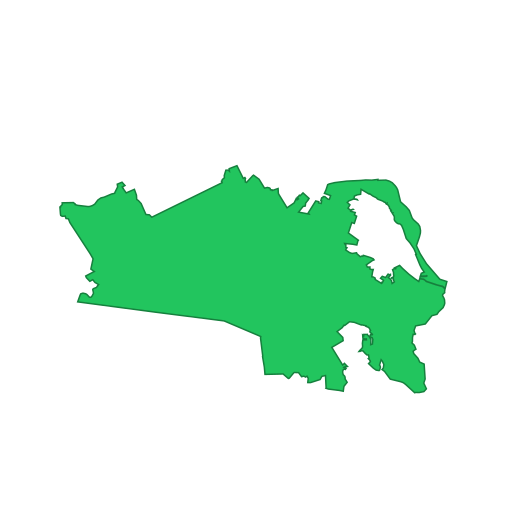 Tīnūžu pag., Ikskiles, Latvia (Mercator projection), rotated 197°
{"feature_id": "27541924B46293961253213", "entity_name": "Tīnūžu pag.", "entity_type": "district", "adm_level": 2, "iso_a3": "LVA", "parent_name": "Latvia", "parent_adm1": "Ikskiles", "projection": "mercator", "projection_center": [24.551, 56.857], "detail": "fine", "context": "isolated", "style": "filled", "palette": "green", "viewbox_px": 512, "rotation_deg": 197, "n_neighbors": 0, "source": "geoboundaries", "source_scale": "gbopen_adm2", "svg_char_len": 6073}
<svg xmlns="http://www.w3.org/2000/svg" viewBox="0 0 512 512"><g transform="rotate(197 256 256)"><path d="M446.3,253.7L456.9,250.2L456.3,248.6L457.5,246.1L457.3,245.6L457.8,245.4L455.3,239.0L454.6,237.7L452.9,237.3L450.1,238.4L448.7,236.3L446.3,236.7L443.7,233.5L415.4,209.8L411.0,205.7L410.1,195.2L406.1,193.9L413.0,187.1L411.9,185.7L407.5,183.2L405.2,185.6L402.2,183.6L398.2,182.7L398.8,181.4L398.6,181.3L398.8,180.7L399.5,179.2L402.0,177.2L402.2,176.7L402.3,176.1L401.0,173.9L400.5,172.6L401.2,169.4L401.6,168.5L402.5,168.0L403.3,167.9L406.4,169.7L407.8,170.1L410.6,169.9L411.7,169.2L412.6,168.5L412.8,166.8L413.1,160.0L336.2,172.8L267.5,184.6L227.9,180.4L227.7,178.9L220.3,162.3L220.4,161.9L215.6,152.3L212.8,145.4L195.6,151.1L189.7,148.5L189.0,148.4L188.4,149.0L185.7,155.4L185.3,155.8L181.2,156.9L177.1,153.9L175.1,155.1L173.2,154.7L172.1,156.0L170.3,154.3L169.5,150.1L168.3,150.4L166.8,150.9L158.6,156.6L157.8,160.2L154.6,162.0L150.4,150.4L150.5,150.0L148.0,149.9L137.1,151.8L133.0,152.2L133.8,157.0L131.9,161.9L135.0,164.6L135.0,165.3L135.9,166.9L137.9,168.0L138.9,169.6L139.5,171.5L139.2,172.9L138.7,173.6L137.4,173.6L137.0,174.9L139.5,175.2L139.2,175.7L136.3,177.1L140.1,179.2L140.8,177.8L141.3,177.1L156.8,190.8L147.9,200.5L149.2,203.5L156.4,207.4L152.6,212.7L151.9,214.8L151.3,215.3L151.4,215.6L150.8,215.6L147.3,220.5L142.6,221.3L135.1,220.8L134.9,221.1L130.3,221.4L130.3,220.9L127.3,220.6L124.7,218.4L125.1,217.6L124.8,216.6L121.8,215.1L121.7,214.9L122.0,214.5L123.4,214.4L123.6,213.8L123.4,213.4L123.9,212.5L122.5,211.9L121.1,211.9L120.9,211.8L120.8,211.2L119.9,210.6L118.9,205.8L120.4,204.7L121.7,209.8L124.3,212.1L126.4,213.2L126.6,213.6L130.0,212.5L129.7,211.1L130.9,211.6L129.7,208.6L127.5,208.5L126.3,209.0L125.9,208.1L129.3,207.0L128.7,203.5L127.7,200.9L127.5,199.8L127.7,198.7L129.2,195.9L129.6,194.8L128.6,195.2L127.5,196.2L125.9,196.5L123.0,194.7L120.9,193.8L119.5,194.3L118.0,191.3L118.6,190.7L116.3,189.4L116.3,189.0L115.7,188.4L116.9,186.0L111.1,183.1L107.8,182.0L104.8,182.4L104.4,183.0L104.5,186.0L105.1,187.1L106.0,187.7L106.0,193.4L104.6,192.5L102.0,189.6L101.5,186.0L102.3,184.3L99.3,183.2L91.6,177.5L80.5,178.1L78.0,177.9L75.3,176.9L64.2,171.6L63.4,172.2L60.1,173.1L55.8,175.4L54.2,178.8L58.4,183.5L58.3,187.8L63.6,201.8L68.4,202.4L71.3,205.6L76.6,208.8L77.9,210.8L76.9,212.4L75.8,213.6L78.5,217.0L81.5,218.5L81.4,220.0L82.5,223.8L82.8,227.1L81.1,227.4L80.7,228.1L81.6,228.7L83.1,231.0L82.9,235.8L74.2,240.5L70.3,250.4L65.9,253.1L64.9,256.2L62.0,261.3L61.6,264.4L61.7,266.1L62.9,269.2L64.1,270.8L65.9,272.5L66.2,273.9L64.8,276.1L65.2,277.0L65.7,279.8L68.5,281.3L76.1,281.1L85.7,281.4L87.8,282.5L89.4,282.6L92.8,282.1L92.9,279.2L97.6,280.7L104.5,283.3L112.3,287.0L115.9,289.0L119.9,285.3L118.7,284.9L118.7,284.6L119.1,284.4L119.8,284.8L121.4,282.8L119.7,280.5L119.1,278.7L118.4,277.3L118.4,276.2L120.0,274.7L119.8,274.5L118.4,275.9L118.3,275.0L118.0,274.5L118.1,274.3L117.6,273.7L117.8,273.5L116.1,271.7L117.8,269.5L119.1,271.8L120.7,273.2L123.2,274.1L121.7,276.9L122.0,277.6L122.6,276.7L123.6,277.3L124.4,277.3L125.8,273.3L129.3,273.5L130.4,271.1L126.9,270.0L127.4,267.4L127.9,267.6L128.1,266.5L135.2,268.4L135.6,269.7L137.6,270.2L139.2,270.0L139.9,275.2L139.9,276.9L140.3,276.9L140.2,277.3L141.8,276.8L143.4,277.0L143.8,278.8L146.3,278.0L147.9,279.8L143.4,285.6L142.0,286.8L143.1,287.6L146.2,288.0L153.6,288.0L153.8,286.9L154.8,286.9L156.0,285.8L160.1,287.6L160.8,288.5L164.4,286.7L165.9,286.5L167.8,286.7L172.0,288.0L172.0,288.8L171.4,290.5L172.7,290.6L173.3,292.8L173.9,292.9L174.9,293.9L167.1,295.5L162.8,296.0L163.0,300.1L162.7,301.0L174.4,305.0L174.2,316.0L171.5,315.9L171.4,323.5L173.9,324.1L173.8,326.6L178.6,326.4L178.9,327.4L176.6,329.0L176.9,329.1L179.1,327.5L182.0,328.6L181.1,332.4L184.4,333.9L183.4,335.8L179.5,338.9L177.0,339.4L175.5,339.4L175.7,339.6L177.0,339.7L179.5,339.1L179.1,339.8L179.4,342.1L177.0,344.1L174.0,345.6L175.0,350.5L165.9,348.3L165.6,348.8L161.8,347.5L157.5,346.8L157.1,346.3L155.9,345.9L151.0,345.6L149.1,345.0L148.2,345.1L146.7,343.9L146.1,344.7L145.9,343.7L144.9,343.5L142.9,342.0L142.4,340.8L140.0,339.2L140.4,338.6L138.4,337.1L138.0,337.2L138.2,336.8L135.6,334.5L135.1,333.7L134.4,331.2L133.7,330.3L131.4,328.9L129.3,328.4L128.0,328.8L125.8,327.9L122.9,324.5L117.4,316.6L112.6,313.6L107.1,309.1L103.2,304.5L103.8,304.1L96.6,295.3L94.0,292.6L90.4,289.8L92.9,287.8L92.9,284.8L87.6,286.6L87.2,287.1L86.7,286.9L87.1,286.3L91.8,284.6L93.0,284.4L92.7,282.3L88.8,282.9L85.6,281.6L73.9,281.3L68.8,281.6L67.7,281.3L65.6,280.0L66.0,287.4L73.2,287.5L74.0,287.9L90.8,298.5L99.9,306.4L105.6,312.8L105.3,321.8L105.5,326.0L106.1,328.4L108.0,332.1L110.2,334.0L116.0,336.7L117.9,338.1L122.7,344.4L126.7,346.9L133.6,350.1L139.8,360.6L141.7,362.6L143.5,363.9L147.1,365.9L150.2,366.6L153.9,366.6L161.6,364.0L161.8,364.9L167.4,362.4L173.3,360.8L177.9,358.9L191.0,354.2L202.2,349.2L207.1,346.3L208.3,345.2L208.4,339.8L208.9,335.9L202.3,335.6L202.4,331.6L203.9,331.4L207.5,332.9L209.1,332.5L209.2,331.4L210.2,330.8L210.2,327.9L209.3,327.9L209.0,325.3L211.7,325.1L211.9,326.3L215.0,326.1L218.7,312.4L217.6,311.6L228.1,310.4L225.5,317.1L223.5,318.2L224.0,321.1L222.4,325.1L222.6,325.2L222.1,326.6L229.5,330.1L231.4,326.6L232.3,326.8L232.8,325.3L233.6,324.3L232.0,323.1L233.1,321.8L233.8,322.8L234.3,322.9L235.1,317.9L240.4,311.2L252.5,321.9L253.1,322.9L254.6,327.0L259.6,323.4L260.0,324.0L261.5,323.5L262.2,324.7L262.9,325.0L265.1,324.9L267.7,323.4L275.5,330.3L282.0,332.6L282.6,331.8L286.6,323.5L287.9,323.7L288.1,324.8L288.7,325.3L288.7,327.1L289.6,327.8L290.9,326.5L300.6,336.8L307.2,331.7L306.2,329.3L307.6,330.0L309.9,329.3L309.9,323.6L309.1,321.6L310.6,319.2L310.5,317.8L310.9,317.4L309.8,316.2L367.0,262.6L370.0,264.2L373.4,263.5L381.2,272.6L384.6,274.6L386.6,275.2L388.1,279.2L391.8,284.2L398.6,278.4L402.9,281.7L402.8,281.9L404.1,282.9L401.9,285.1L405.7,287.4L409.7,284.1L408.5,281.6L409.5,275.8L409.5,274.6L412.2,273.1L418.4,267.9L421.3,266.2L423.6,263.3L425.4,258.4L427.3,256.3L429.3,254.9L430.9,254.2L441.4,252.3L444.0,252.3L444.1,252.9L446.3,253.7Z" fill="#22c55e" stroke="#15803d" stroke-width="1.5"/></g></svg>